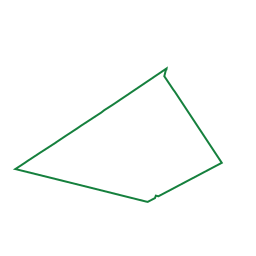 the district of Esmeralda, Nevada, United States of America, rotated 104°
{"feature_id": "52423323B50493835773618", "entity_name": "Esmeralda", "entity_type": "district", "adm_level": 2, "iso_a3": "USA", "parent_name": "United States of America", "parent_adm1": "Nevada", "projection": "natural_earth1", "projection_center": [-117.709, 37.723], "detail": "fine", "context": "isolated", "style": "outline", "palette": "green", "viewbox_px": 256, "rotation_deg": 104, "n_neighbors": 0, "source": "geoboundaries", "source_scale": "gbopen_adm2", "svg_char_len": 523}
<svg xmlns="http://www.w3.org/2000/svg" viewBox="0 0 256 256"><g transform="rotate(104 128 128)"><path d="M195.1,227.4L195.0,174.7L195.0,92.9L194.9,91.0L189.5,84.9L186.9,84.6L186.9,82.0L139.1,28.6L81.5,91.3L79.7,93.5L69.0,105.3L62.3,105.3L62.0,104.9L60.9,105.0L79.7,121.9L100.8,140.9L102.1,142.1L108.9,148.2L116.4,155.3L119.5,157.7L124.1,162.0L136.9,173.9L140.2,176.8L150.8,186.6L155.1,190.5L159.4,194.4L159.5,194.4L172.7,206.8L184.4,217.6L186.7,219.6L195.1,227.4Z" fill="none" stroke="#15803d" stroke-width="2"/></g></svg>